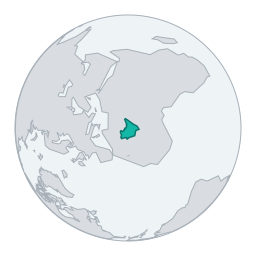 the Earth from above Tamanghasset, rotated 249°
{"feature_id": "DZA-2189", "entity_name": "Tamanghasset", "entity_type": "Province", "adm_level": 1, "iso_a3": "DZA", "parent_name": "Algeria", "parent_adm1": "", "projection": "orthographic", "projection_center": [6.568, 24.092], "detail": "fine", "context": "on_globe", "style": "filled", "palette": "teal", "viewbox_px": 256, "rotation_deg": 249, "n_neighbors": 0, "source": "natural_earth", "source_scale": "10m", "svg_char_len": 10459}
<svg xmlns="http://www.w3.org/2000/svg" viewBox="0 0 256 256"><g transform="rotate(249 128 128)"><circle cx="128" cy="128" r="113" fill="#eef3f6" stroke="#a8b0b8"/><path d="M122.8,15.5L118.7,15.8L123.2,15.6L117.6,16.5L103.6,18.8L101.3,20.3L88.9,25.5L90.8,25.2L87.3,27.5L88.1,28.1L85.6,29.2L88.5,28.9L90.6,27.8L92.6,27.3L93.3,27.7L90.2,29.1L89.4,29.1L88.9,29.7L87.0,30.3L88.3,30.2L84.4,32.0L89.3,30.9L87.1,32.9L84.2,33.9L83.2,32.9L74.2,34.0L71.0,35.3L67.5,37.8L63.6,44.1L60.7,46.2L57.6,49.6L59.8,48.7L63.0,45.8L66.3,45.3L69.9,42.1L71.7,41.5L75.9,38.9L76.6,40.4L75.1,43.3L71.7,45.7L70.9,47.2L75.2,46.0L70.0,51.8L68.3,58.4L66.8,59.9L61.9,60.6L59.1,57.6L52.7,59.7L58.2,59.6L54.3,64.1L54.2,65.5L55.3,66.1L57.3,65.0L56.2,67.0L50.4,67.5L51.2,65.7L53.1,65.5L51.7,64.2L47.8,65.2L46.1,67.7L41.9,67.5L40.7,69.4L39.1,70.6L41.3,67.5L37.2,73.2L32.0,75.8L26.2,86.4L30.4,76.5L31.0,73.9L31.2,72.1L30.2,73.7L31.8,69.8L31.0,70.7L35.3,64.0L40.1,57.6L45.2,51.6L50.9,45.9L56.9,40.7L63.2,35.9L69.9,31.5L76.9,27.6L84.1,24.3L91.6,21.4L99.2,19.1L107.0,17.3L114.8,16.1L122.8,15.5ZM22.7,88.1L22.4,88.7L23.6,86.0L23.4,87.5L20.2,95.6L19.3,100.9L17.5,107.9L16.8,112.9L17.2,113.9L17.4,117.8L18.7,114.9L20.3,114.9L19.1,121.0L20.9,116.8L21.2,121.0L25.1,125.5L24.5,126.5L27.6,137.6L32.9,144.8L34.1,150.2L33.2,152.5L35.5,154.7L35.6,156.5L46.3,164.7L53.3,171.9L54.0,178.0L50.1,182.8L51.0,195.2L45.1,195.7L46.6,200.2L47.2,204.8L43.3,201.5L47.5,206.2L47.8,207.0L46.1,205.4L39.9,198.2L34.3,190.5L29.3,182.3L24.8,172.7L22.8,167.8L19.9,159.8L17.4,149.5L16.0,139.8L15.7,135.7L15.5,131.9L16.3,126.1L17.0,117.3L17.0,115.1L16.4,117.1L17.1,108.5L18.7,101.2L19.5,97.9L22.7,88.1ZM24.5,89.7L23.7,99.3L22.6,97.4L23.1,96.9L23.6,93.7L24.1,89.6L23.5,88.5L24.5,89.7ZM27.7,86.0L27.8,84.8L28.0,85.6L27.7,86.0ZM75.2,38.3L75.5,38.6L74.6,39.0L75.2,38.3ZM76.7,37.0L75.4,37.2L75.9,36.6L76.7,36.5L76.7,37.0ZM78.2,37.0L77.0,35.6L77.9,34.6L81.8,33.4L78.2,37.0ZM131.3,15.4L132.2,15.4L132.5,15.5L133.3,15.5L132.6,15.6L128.7,15.4L125.2,15.4L125.6,15.4L131.3,15.4ZM91.0,27.3L88.7,28.5L90.0,27.2L91.0,27.3ZM91.3,26.6L92.3,23.9L96.0,22.6L94.9,23.7L99.2,21.9L100.5,22.6L98.5,23.7L95.8,24.3L98.3,24.1L91.3,26.6ZM131.4,15.8L132.0,16.0L130.6,15.9L131.4,15.8ZM93.5,27.1L93.4,26.5L96.6,25.3L97.4,26.2L96.1,26.3L93.5,27.1ZM99.6,21.2L102.2,20.6L103.9,20.9L105.2,20.8L100.9,22.5L99.6,21.2ZM95.8,26.8L97.8,26.7L96.9,27.7L93.9,27.5L95.8,26.8ZM97.0,24.7L98.6,24.2L98.0,24.7L97.0,24.7ZM95.0,31.5L94.8,30.6L96.4,29.9L95.0,31.5ZM98.6,26.6L98.9,26.3L99.5,25.9L100.6,26.1L98.6,26.6ZM102.4,22.7L102.6,23.0L104.3,22.0L105.7,22.3L102.5,23.5L104.5,23.1L104.9,23.3L101.9,24.1L102.4,22.7ZM103.6,25.4L100.1,27.3L100.2,28.8L98.8,29.5L98.9,26.9L103.6,25.4ZM102.9,24.5L103.0,25.2L101.1,25.5L99.8,25.3L102.9,24.5ZM107.7,22.2L106.4,21.4L107.1,21.2L107.7,22.2ZM104.0,25.7L104.9,25.3L104.3,25.8L104.0,25.7ZM107.0,23.2L106.4,22.8L107.3,22.6L107.0,23.2ZM107.0,24.8L105.9,25.3L105.0,25.2L107.0,24.8ZM107.3,24.0L108.6,23.8L105.3,24.8L106.9,23.8L107.3,24.0ZM107.9,23.0L108.2,22.8L108.0,23.2L107.9,23.0ZM111.1,25.3L107.2,26.6L105.2,26.1L109.3,24.9L111.1,25.3ZM166.2,22.0L168.5,22.9L178.9,27.5L178.5,27.3L185.7,31.3L192.6,35.7L199.2,40.7L205.3,46.1L211.1,52.0L216.4,58.2L221.3,64.8L225.6,71.8L229.4,79.0L232.7,86.6L235.5,94.3L237.7,102.2L237.4,101.4L239.1,109.4L239.3,110.4L239.7,113.4L239.5,112.6L238.3,105.9L235.8,97.6L236.2,101.4L234.9,97.6L231.4,92.0L231.3,97.5L232.0,112.2L234.1,122.5L233.5,128.6L227.6,117.0L223.9,107.9L222.5,110.3L215.9,104.7L206.7,109.5L204.7,107.4L203.1,109.6L198.4,108.7L195.1,105.2L192.5,106.5L201.0,115.7L203.7,114.4L205.1,108.9L207.0,112.6L211.5,114.4L208.8,126.5L194.0,141.4L191.5,133.9L174.8,115.4L174.7,112.8L174.6,112.6L174.3,112.1L173.8,116.5L170.6,112.7L180.7,126.3L182.8,132.6L193.8,141.9L193.1,143.4L196.3,145.0L205.3,138.6L205.6,141.3L202.0,155.0L188.5,175.0L189.7,184.7L187.8,193.3L178.1,200.9L177.7,206.8L172.5,209.9L171.3,213.2L166.4,217.3L158.7,221.4L147.1,223.0L147.4,220.3L143.1,215.3L137.5,201.4L141.6,194.1L140.9,188.5L132.4,175.9L134.3,168.3L131.8,165.2L126.7,166.2L123.6,162.4L120.4,162.4L99.8,164.6L92.9,159.1L83.4,142.4L86.7,136.4L86.3,128.8L108.2,104.3L114.0,105.9L132.6,102.1L135.1,102.9L134.2,109.0L149.1,114.9L152.5,109.6L164.8,111.7L172.2,110.2L172.6,98.7L160.5,101.0L157.2,96.1L165.9,89.6L176.3,88.0L175.4,86.1L167.8,83.0L169.1,78.8L165.0,81.7L167.5,83.3L165.0,85.3L162.6,84.0L163.1,82.4L159.7,82.1L157.9,90.0L160.1,92.6L151.8,95.3L154.8,99.9L152.9,102.6L147.1,95.8L146.9,93.0L137.0,86.2L136.5,89.3L145.8,96.1L143.3,95.7L142.7,100.5L141.3,96.6L131.3,88.9L123.0,91.3L114.3,103.0L109.1,104.1L104.0,101.8L105.4,90.2L116.8,89.3L117.4,85.7L113.6,80.6L117.4,80.9L117.2,78.9L121.4,78.4L125.8,73.4L129.8,72.6L130.1,66.6L132.2,65.5L131.4,69.3L133.0,71.7L142.8,70.4L144.3,69.0L143.7,65.3L146.5,65.6L144.6,62.2L149.6,60.1L142.0,60.1L141.1,56.3L143.3,53.0L141.6,51.9L138.1,57.2L137.9,59.4L139.9,61.3L138.2,68.0L135.1,69.4L131.8,62.7L127.1,64.2L126.5,58.8L136.5,47.0L141.4,44.5L152.5,47.6L152.2,50.0L148.0,49.9L153.2,53.2L152.1,51.3L154.4,51.8L154.1,48.7L155.7,48.8L152.7,45.7L154.7,45.6L156.5,47.6L157.8,43.4L161.5,42.6L161.0,41.6L159.4,40.8L165.1,40.7L164.5,40.0L162.4,39.7L159.8,38.2L157.4,35.7L159.5,35.7L160.6,36.7L166.2,39.0L168.9,41.7L169.5,41.5L167.7,39.2L160.9,36.3L158.8,34.8L162.1,35.8L160.8,35.3L160.4,34.6L162.1,34.1L158.5,32.9L151.8,26.2L154.3,24.9L157.9,26.3L155.5,22.8L158.5,22.3L156.5,21.9L154.0,20.5L153.1,20.6L151.9,20.3L145.1,17.5L145.1,17.2L140.0,16.2L139.0,16.1L138.6,16.3L132.6,15.6L133.3,15.5L141.7,16.2L150.0,17.5L158.2,19.5L166.2,22.0ZM102.1,117.3L101.8,119.5L102.1,117.3ZM188.5,92.1L194.0,90.6L189.6,84.7L191.4,83.8L189.3,82.2L189.3,84.3L183.8,80.0L185.5,77.3L183.9,74.6L181.9,75.0L179.7,80.8L187.5,86.9L187.1,90.0L188.5,92.1ZM25.2,125.5L25.5,127.3L24.8,126.6L25.2,125.5ZM21.6,99.4L21.8,100.5L21.7,101.9L21.3,101.5L21.6,99.4ZM25.5,107.6L26.2,109.2L25.1,108.6L25.5,107.6ZM23.8,100.7L24.9,106.5L23.0,106.0L22.4,102.4L23.3,103.5L23.8,100.7ZM26.0,88.9L25.9,89.9L25.4,90.8L26.0,88.9ZM27.9,86.6L27.8,86.4L28.2,85.3L27.9,86.6ZM54.7,64.0L55.1,64.0L55.7,65.1L54.7,65.3L54.7,64.0ZM63.2,66.0L61.3,69.2L61.9,67.0L60.0,67.7L59.0,64.2L66.0,60.6L63.0,62.7L63.2,66.0ZM59.6,59.0L59.4,61.4L59.3,59.0L59.6,59.0ZM112.3,69.1L114.2,70.3L113.3,72.6L108.2,74.4L109.4,71.0L112.3,69.1ZM117.1,71.5L115.2,64.9L118.2,63.8L116.8,65.5L119.1,65.4L117.4,68.1L122.2,73.9L121.7,76.4L112.6,77.8L115.8,75.8L113.8,74.7L117.1,71.5ZM104.9,52.7L104.1,50.6L111.8,50.9L111.7,52.9L106.6,54.5L103.8,53.2L104.9,52.7ZM85.2,35.6L84.4,35.3L85.3,34.8L86.7,34.7L85.2,35.6ZM94.8,31.1L89.6,36.5L88.4,36.4L86.8,40.1L83.1,41.3L84.3,38.8L80.2,42.7L79.8,40.9L77.4,43.7L80.4,38.0L79.8,36.8L81.8,37.6L85.3,36.5L86.6,35.6L89.9,32.5L90.4,29.7L93.9,28.4L96.2,28.3L96.6,28.7L94.2,29.3L96.5,29.5L93.3,30.8L94.8,31.1ZM121.4,31.2L118.5,31.0L122.5,32.9L119.4,33.7L120.1,33.9L118.3,35.2L117.3,37.2L115.7,37.3L116.0,38.1L114.8,39.1L114.7,40.2L111.8,40.9L111.4,42.4L110.2,41.9L110.3,44.4L108.9,42.9L107.3,44.3L109.5,45.0L94.1,47.6L88.8,50.4L85.0,53.6L83.2,51.1L85.5,46.6L90.0,42.0L95.4,39.9L93.6,39.3L95.7,38.2L96.2,39.1L96.6,37.1L98.4,36.5L102.4,33.3L101.8,31.1L103.2,30.0L104.4,30.5L105.0,29.1L108.3,29.5L109.4,28.8L113.6,28.7L115.3,30.4L116.4,29.5L119.7,29.6L121.4,31.2ZM112.3,25.3L115.0,26.9L114.6,28.2L107.3,27.9L105.8,28.5L101.1,28.7L101.8,26.9L103.1,27.0L104.5,26.6L103.7,27.3L105.4,26.6L107.2,26.7L109.0,26.2L109.3,26.8L112.3,25.3ZM137.3,100.5L139.1,100.6L141.8,100.0L141.4,103.2L137.3,100.5ZM130.4,95.3L131.9,94.8L132.7,98.6L130.8,98.7L130.4,95.3ZM132.1,91.4L131.9,94.5L130.9,92.9L132.1,91.4ZM132.8,68.8L134.3,68.1L134.8,69.0L134.2,70.4L132.8,68.8ZM132.7,38.2L131.1,37.6L131.4,37.2L129.4,35.1L131.5,34.5L133.6,35.6L132.7,38.2ZM171.0,101.0L169.3,103.6L167.9,102.8L168.8,102.0L171.0,101.0ZM154.9,103.7L158.9,104.5L154.8,104.5L154.9,103.7ZM134.7,37.2L133.6,36.4L135.4,36.7L134.7,37.2ZM133.0,34.1L134.9,34.1L131.5,34.2L133.0,34.1ZM203.4,187.0L194.4,203.1L190.1,204.5L190.4,200.8L194.4,191.6L199.7,187.4L202.6,182.5L203.4,187.0ZM240.5,123.0L240.1,119.2L240.2,117.9L240.2,118.5L240.5,123.0ZM234.5,123.3L236.1,128.2L235.6,130.1L234.5,123.3ZM151.6,33.3L152.0,36.7L153.7,39.2L156.9,40.5L152.5,40.3L149.9,36.4L151.6,33.3ZM151.5,27.0L148.7,26.1L149.8,25.8L150.6,25.9L151.5,27.0ZM150.0,27.0L146.8,27.4L145.1,26.4L147.9,26.3L150.0,27.0ZM140.9,31.8L140.8,32.7L139.4,32.5L140.9,31.8ZM133.0,16.0L132.1,16.0L132.2,15.9L133.0,16.0ZM151.5,20.4L150.0,20.1L150.2,19.8L151.5,20.4ZM145.9,19.1L146.7,19.6L145.0,19.0L145.9,19.1ZM148.7,20.9L146.6,19.8L149.8,21.0L148.7,20.9Z" fill="#d9dde1" stroke="#a8b0b8" stroke-width="1"/><path d="M137.7,128.9L137.6,129.0L137.4,129.2L137.2,129.3L136.9,129.5L136.6,129.7L136.5,129.8L136.4,129.9L136.2,130.0L135.9,130.2L135.8,130.3L135.7,130.4L135.4,130.5L135.2,130.7L135.1,130.8L134.8,130.9L134.7,131.0L134.3,131.3L134.2,131.3L134.0,131.5L133.9,131.6L133.7,131.7L133.5,131.8L133.4,131.9L133.3,132.0L133.1,132.1L132.9,132.2L132.8,132.3L132.6,132.4L132.5,132.5L132.4,132.6L132.1,132.7L132.0,132.8L131.9,132.9L131.8,133.0L131.7,133.0L131.4,133.2L131.3,133.3L131.2,133.4L130.9,133.5L130.7,133.7L130.5,133.8L130.4,133.8L130.2,134.0L129.9,134.2L129.7,134.3L129.5,134.5L129.4,134.6L129.2,134.7L129.1,134.8L128.8,135.1L128.7,135.2L128.5,135.3L128.4,135.4L128.3,135.5L128.2,135.7L128.1,135.8L127.8,136.0L127.7,136.1L127.5,136.3L127.4,136.4L127.3,136.5L127.1,136.6L126.9,136.8L126.6,137.1L126.2,137.2L125.7,137.3L125.2,137.4L124.7,137.5L124.4,137.6L124.0,137.6L123.7,137.7L123.3,137.7L123.0,137.8L122.8,137.8L122.9,134.9L122.8,134.5L122.7,134.3L122.5,134.1L118.5,131.6L118.4,131.4L118.7,125.0L118.7,124.9L118.4,124.7L118.4,124.4L118.4,124.2L118.1,123.7L117.9,123.6L117.9,123.4L118.0,123.4L118.3,123.3L118.3,123.2L118.5,123.2L118.6,123.3L118.6,123.2L118.9,123.2L119.1,123.2L119.3,123.0L119.3,122.9L119.5,122.9L119.7,122.7L119.8,122.7L120.2,120.1L120.3,119.6L120.3,119.2L120.3,118.2L121.9,118.0L123.2,119.2L124.9,119.4L126.9,119.4L127.8,120.0L128.0,120.3L128.0,120.5L127.9,120.6L127.5,120.8L127.0,121.2L126.9,121.3L126.7,121.5L126.7,121.9L126.9,122.6L127.0,122.7L127.4,123.0L127.5,123.1L127.3,123.6L127.3,123.8L127.5,123.9L127.9,124.4L127.9,124.5L128.0,124.5L128.3,124.6L128.7,124.7L128.7,124.8L128.8,125.2L129.0,125.5L129.0,125.9L128.9,126.0L129.0,126.4L129.1,126.5L129.3,126.7L129.3,126.8L129.5,126.9L129.8,127.0L130.0,127.1L130.3,127.3L130.5,127.4L130.6,127.5L130.9,127.5L131.0,127.6L131.3,127.7L131.5,127.7L131.5,127.8L131.6,128.0L131.8,128.1L137.2,128.0L137.4,128.4L137.6,128.7L137.7,128.9Z" fill="#14b8a6" stroke="#0f766e" stroke-width="1.5"/></g></svg>